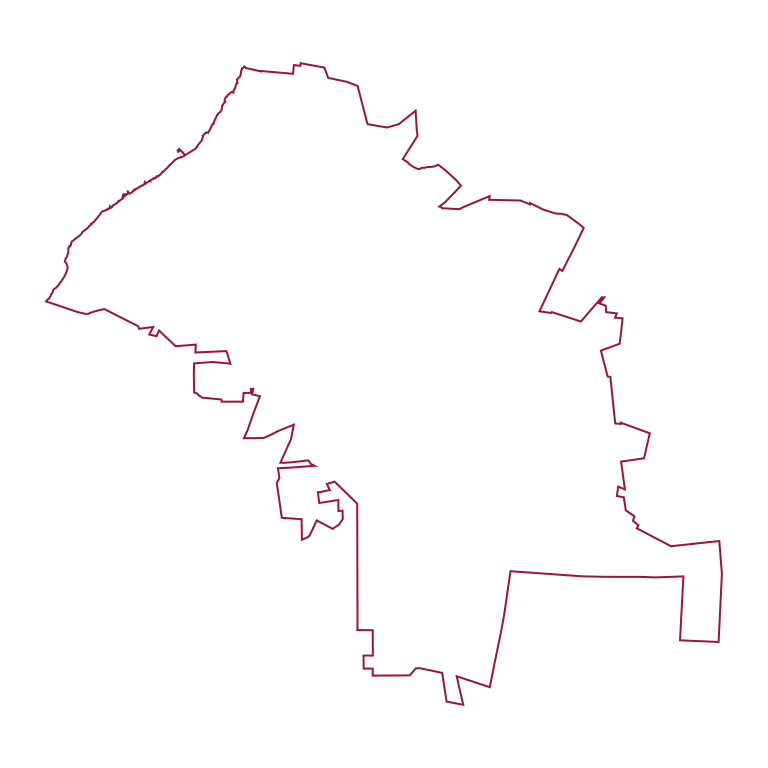 Campeche, Campeche, Mexico
{"feature_id": "50627088B29480766363328", "entity_name": "Campeche", "entity_type": "district", "adm_level": 2, "iso_a3": "MEX", "parent_name": "Mexico", "parent_adm1": "Campeche", "projection": "mercator", "projection_center": [-90.58, 19.715], "detail": "fine", "context": "isolated", "style": "outline", "palette": "rose", "viewbox_px": 768, "rotation_deg": 0, "n_neighbors": 0, "source": "geoboundaries", "source_scale": "gbopen_adm2", "svg_char_len": 5985}
<svg xmlns="http://www.w3.org/2000/svg" viewBox="0 0 768 768"><path d="M555.6,213.5L543.3,209.6L530.0,203.0L530.0,204.4L520.5,200.5L489.2,199.8L489.7,196.1L463.4,207.1L459.5,209.2L442.2,208.2L440.7,207.0L439.3,206.6L445.2,202.1L461.0,185.7L456.4,180.3L445.1,170.0L438.2,164.7L434.9,166.2L431.8,166.9L430.2,166.8L429.7,167.1L428.4,166.9L425.2,167.5L425.0,167.8L421.8,167.8L420.6,168.6L418.2,169.1L414.0,167.3L409.3,164.2L408.8,163.4L406.6,161.4L405.6,161.0L402.8,159.1L417.5,135.8L416.8,130.5L415.6,110.7L398.8,124.2L386.9,127.5L367.5,124.1L357.6,86.0L346.8,81.8L328.2,77.9L324.4,67.6L300.7,63.2L300.4,65.8L293.9,65.1L293.0,73.8L260.8,71.0L260.9,71.4L245.8,68.0L244.8,66.6L244.3,66.4L242.9,68.3L242.3,68.7L242.0,68.6L241.8,69.8L241.3,70.2L240.6,75.1L240.1,75.8L239.8,76.9L238.1,78.2L238.1,78.6L237.7,78.6L236.9,79.8L237.2,81.4L237.0,82.3L237.5,82.8L236.3,84.0L235.5,86.2L235.5,87.3L235.1,87.7L234.9,88.7L233.8,89.7L233.8,90.6L233.5,90.9L233.3,91.5L233.5,92.6L232.8,92.5L232.4,92.0L231.7,92.0L231.3,92.5L230.4,92.7L230.0,93.0L229.6,93.9L228.2,94.6L228.1,94.9L227.4,95.4L226.9,96.1L227.1,96.6L225.8,97.2L225.3,98.3L225.0,98.5L224.6,100.2L224.8,101.3L225.3,101.7L225.1,102.0L224.5,102.2L224.3,102.8L223.5,103.7L223.0,104.9L222.3,105.5L221.8,108.5L221.9,109.0L221.6,109.8L220.2,112.0L218.6,113.2L217.7,114.5L217.0,115.2L216.4,116.8L214.4,120.9L213.7,123.5L213.2,123.5L212.8,124.3L212.4,124.4L210.3,128.8L210.3,129.3L209.1,130.8L208.2,132.7L207.7,132.4L206.9,132.8L206.3,132.5L205.7,132.6L205.6,133.2L205.2,133.3L204.0,134.4L203.4,135.3L202.7,135.8L203.0,136.4L202.7,137.9L202.2,138.4L201.8,140.4L197.3,145.8L197.0,146.7L197.2,147.0L196.6,147.4L195.8,148.5L185.3,155.1L179.3,148.9L177.4,150.7L177.1,151.1L179.0,149.2L179.7,150.0L178.1,151.6L177.5,151.2L178.2,151.9L180.3,150.0L185.2,155.3L183.1,156.5L182.0,157.0L181.1,157.2L180.8,157.0L180.7,157.3L177.5,158.4L175.1,159.9L174.8,159.9L174.5,160.5L172.8,162.0L172.0,163.1L171.3,163.6L169.8,165.3L169.2,165.5L168.9,166.2L168.0,167.1L167.5,167.3L167.2,167.9L166.2,168.9L165.5,169.3L165.0,170.0L164.3,170.8L163.7,171.1L163.4,171.7L162.8,172.0L162.1,171.8L161.9,172.0L162.1,171.9L162.6,172.0L162.5,172.4L161.3,173.1L160.8,174.1L158.7,175.8L158.6,175.7L157.4,176.5L157.0,176.2L156.9,176.3L157.3,176.6L156.6,176.8L156.6,177.1L155.6,177.8L154.9,178.1L154.8,177.9L154.5,178.1L154.6,178.3L153.5,178.7L153.4,178.6L153.2,179.1L152.0,179.4L149.8,180.7L149.6,180.5L149.8,180.9L149.6,180.8L145.9,183.4L145.5,183.3L144.8,182.1L144.7,182.3L144.9,182.3L145.4,183.4L145.0,183.4L145.1,183.9L142.8,185.4L142.4,185.5L142.0,185.3L141.2,185.8L141.3,186.0L140.0,186.6L139.0,187.2L139.1,187.4L138.9,187.5L137.7,188.2L136.5,188.8L136.3,188.7L135.9,188.9L135.1,189.9L134.7,190.1L134.5,189.9L134.4,190.4L133.4,190.6L132.7,190.0L133.2,190.7L132.9,191.0L133.1,191.2L132.2,192.1L129.9,193.6L129.4,193.7L129.1,193.5L127.7,191.2L127.2,190.9L128.7,193.0L127.0,194.0L125.8,195.0L125.2,194.2L123.2,194.5L123.3,194.8L125.2,194.3L125.8,195.3L124.5,196.2L123.9,195.3L123.1,195.8L122.8,196.2L123.3,197.2L122.5,197.7L123.0,198.5L121.7,199.2L121.4,199.1L121.5,199.2L121.1,199.6L120.4,200.1L119.4,201.1L118.6,201.5L118.3,201.0L118.0,201.2L118.3,201.1L118.4,201.6L118.0,201.8L117.5,202.5L115.5,204.1L113.2,205.2L112.5,206.0L112.4,206.7L111.5,207.4L110.5,207.8L110.3,206.6L110.1,206.4L109.7,206.6L110.1,206.5L110.3,206.7L110.3,208.2L110.1,208.2L110.1,206.8L110.0,206.7L110.0,208.1L108.5,208.9L108.1,208.5L107.9,208.6L108.3,209.0L108.2,209.2L104.2,210.9L103.6,210.8L102.9,211.1L102.7,210.7L102.7,211.2L102.1,211.6L100.7,213.4L97.1,218.2L95.8,219.5L94.3,221.4L92.5,223.0L92.0,223.2L91.7,224.0L91.1,223.9L91.1,224.1L91.3,223.9L91.5,224.2L91.1,224.6L89.3,225.9L88.3,227.4L86.3,229.1L82.2,232.2L81.7,233.5L80.4,234.9L71.8,241.5L71.3,242.4L71.0,244.5L70.4,246.0L69.9,246.4L69.4,246.0L69.0,246.2L68.8,246.4L69.4,246.2L69.7,246.3L69.7,246.7L69.2,247.0L68.3,248.1L68.4,249.8L68.3,252.2L68.0,253.4L66.7,257.1L65.6,258.6L65.4,259.9L64.9,260.8L64.8,261.7L66.5,263.4L67.5,266.7L67.6,267.2L67.1,270.2L66.2,272.6L64.2,276.9L62.0,280.1L61.8,280.5L61.0,281.8L59.7,282.9L59.5,283.7L57.5,286.3L56.2,287.6L53.4,289.6L52.5,292.3L50.9,294.8L50.9,295.8L50.0,296.6L49.0,298.6L47.0,300.0L46.1,301.5L55.1,304.4L77.4,312.0L86.2,314.0L88.8,313.7L89.9,312.9L94.3,311.5L104.2,309.0L138.2,326.2L139.1,328.8L153.2,327.0L149.3,334.5L156.5,336.2L159.0,330.5L175.6,346.2L195.8,344.6L195.4,352.5L226.2,351.1L227.1,352.9L230.4,363.8L228.3,363.4L212.4,362.0L194.1,363.4L193.8,374.6L194.2,392.5L197.6,393.7L197.9,394.3L198.4,394.7L198.7,395.5L199.9,396.0L202.1,397.6L221.4,399.5L221.6,401.7L242.9,401.7L243.6,393.0L250.9,392.9L250.9,388.8L253.3,388.8L252.1,394.3L259.9,396.2L252.7,415.4L247.6,430.1L243.9,438.1L253.6,438.2L263.9,437.9L268.6,435.9L278.4,430.9L293.8,424.7L291.0,439.1L280.4,462.7L284.5,462.8L291.3,462.3L308.4,460.4L311.1,464.1L314.7,465.8L290.7,467.6L277.9,468.2L279.4,478.0L276.8,482.9L281.8,517.8L301.6,519.2L301.9,539.7L307.7,537.2L309.2,536.0L309.8,535.1L316.8,520.4L332.6,528.8L338.8,524.8L342.8,519.0L342.5,510.7L338.4,511.0L338.3,500.0L319.2,503.0L317.9,492.2L320.4,492.0L329.8,490.0L326.9,484.0L334.6,481.6L357.2,503.6L357.5,618.5L357.4,630.1L372.7,630.2L372.9,655.5L363.5,655.6L363.7,668.6L372.7,668.6L372.7,675.6L409.8,675.4L415.9,668.3L419.8,668.2L442.2,672.9L446.6,701.6L463.2,704.8L456.7,676.3L489.8,687.2L494.5,663.4L500.5,634.5L504.1,615.1L510.5,571.2L582.0,576.3L603.6,576.8L641.8,576.9L655.6,577.4L683.4,576.4L680.0,640.3L718.6,642.0L721.9,574.0L719.3,541.0L671.0,546.2L636.8,528.3L638.4,525.2L632.9,520.8L634.5,516.3L625.8,510.4L623.8,497.3L616.9,496.0L618.2,486.6L624.9,489.4L621.1,461.6L644.0,458.3L649.8,433.3L620.7,422.7L620.7,423.9L615.2,423.4L610.4,377.0L607.6,376.5L600.9,350.6L619.7,343.7L622.6,318.4L615.1,317.6L616.8,313.4L606.2,312.1L605.8,305.7L599.3,303.4L604.3,297.3L601.8,297.3L580.9,321.5L551.8,312.1L551.2,313.0L539.5,311.3L559.4,268.9L562.3,271.0L575.0,246.1L583.7,227.9L579.6,224.4L567.0,215.1L561.5,213.8L555.6,213.5Z" fill="none" stroke="#9f1239" stroke-width="2"/></svg>